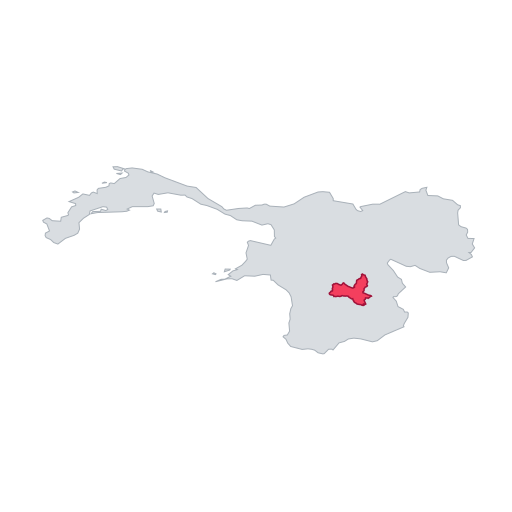 Thailand, with Khon Kaen highlighted, rotated 97°
{"feature_id": "THA-438", "entity_name": "Khon Kaen", "entity_type": "Province", "adm_level": 1, "iso_a3": "THA", "parent_name": "Thailand", "parent_adm1": "", "projection": "equal_earth", "projection_center": [102.567, 16.348], "detail": "fine", "context": "in_parent", "style": "filled", "palette": "rose", "viewbox_px": 512, "rotation_deg": 97, "n_neighbors": 0, "source": "natural_earth", "source_scale": "10m", "svg_char_len": 8346}
<svg xmlns="http://www.w3.org/2000/svg" viewBox="0 0 512 512"><g transform="rotate(97 256 256)"><path d="M226.3,43.0L226.6,45.1L228.3,42.4L230.5,41.1L234.8,47.0L235.2,49.6L232.1,59.1L232.6,62.3L234.5,65.0L236.9,66.5L239.5,66.1L244.3,63.3L249.5,65.1L249.2,71.4L251.0,81.5L248.4,91.9L245.9,97.0L247.8,101.5L247.9,105.6L242.8,121.8L243.8,123.0L247.0,124.8L248.4,124.2L253.7,117.9L259.6,112.9L261.5,108.8L265.2,107.4L268.5,103.7L276.2,110.2L278.2,110.7L279.2,111.9L279.6,114.6L280.5,115.0L283.7,111.3L288.9,108.9L291.0,103.3L293.5,101.7L293.2,99.0L294.0,97.9L298.3,97.7L304.8,100.6L307.1,101.2L308.2,100.5L318.6,118.4L325.3,125.3L327.0,130.0L325.5,142.0L325.6,148.9L327.1,154.2L330.0,157.8L332.1,163.0L339.9,168.1L339.2,169.4L339.7,172.6L344.6,176.4L345.0,177.7L344.5,182.6L342.3,186.3L341.8,189.3L341.8,193.1L343.1,198.8L341.6,210.5L338.7,213.8L335.0,216.1L332.9,219.3L331.4,218.5L330.6,215.3L326.5,213.5L318.5,215.2L314.5,214.4L309.2,215.5L304.0,215.0L300.9,213.7L292.2,216.2L288.6,218.6L285.9,222.0L282.0,230.6L278.0,235.9L278.1,238.1L273.1,239.4L273.4,246.8L276.2,254.7L277.0,264.9L282.6,272.0L281.5,277.0L282.2,281.9L286.5,293.1L283.4,287.8L282.8,284.1L279.1,278.5L277.9,281.3L273.6,277.1L271.8,272.9L271.2,274.8L266.9,268.9L262.6,265.7L260.2,264.3L254.1,266.3L246.4,264.7L243.4,266.3L242.2,265.3L241.4,263.5L243.6,242.6L237.0,239.9L235.8,238.6L234.4,240.1L227.9,241.0L223.1,244.9L222.5,248.1L224.6,253.9L221.9,264.3L222.7,274.1L222.4,279.5L219.0,286.3L218.2,291.9L214.4,300.2L211.9,310.9L211.3,317.1L206.8,326.5L205.8,331.8L204.2,333.8L204.8,338.1L204.0,351.1L206.8,360.5L206.0,364.9L209.1,366.4L216.3,363.4L218.7,364.2L220.2,369.4L222.1,384.8L225.1,389.6L225.9,387.2L227.3,389.7L228.4,394.3L232.2,418.7L234.2,425.0L231.8,423.4L230.6,415.7L228.4,415.4L229.2,410.6L227.9,408.8L225.7,410.2L225.7,414.0L231.5,426.2L235.1,426.5L239.6,431.9L244.5,435.8L250.8,434.4L255.1,435.7L257.6,439.0L261.7,447.3L268.3,454.1L267.3,458.4L264.7,461.9L263.3,466.5L261.5,467.8L259.0,467.8L256.3,464.0L249.7,467.5L248.3,471.1L246.6,472.0L243.7,468.1L243.9,465.8L245.8,462.6L245.3,454.1L241.3,454.0L238.7,447.7L237.9,447.1L236.0,448.0L229.7,445.0L227.9,441.1L226.0,441.4L224.8,448.2L219.3,439.1L215.5,435.4L216.1,428.6L213.5,427.1L212.4,425.3L213.4,421.2L209.8,421.8L208.1,420.7L206.1,413.4L204.3,410.5L202.0,410.5L201.2,409.1L201.4,405.5L195.7,400.4L193.9,394.6L191.1,392.0L189.4,392.8L187.7,396.9L186.3,396.7L185.1,395.5L183.7,389.7L183.8,379.5L185.7,373.6L186.7,364.1L189.4,356.2L195.0,332.9L195.3,323.8L204.8,310.7L211.2,295.9L213.2,293.7L214.2,290.9L210.9,278.9L209.4,270.6L209.7,268.4L205.7,262.8L204.7,256.3L203.6,254.3L203.3,252.2L204.8,248.4L204.0,234.2L199.6,224.5L191.8,215.4L184.9,202.2L184.0,197.5L183.8,190.8L189.5,186.4L191.7,186.1L192.6,166.2L197.5,162.4L198.6,160.8L199.1,157.5L197.9,155.6L194.8,158.8L194.2,158.1L190.3,146.4L189.5,139.4L173.9,115.6L174.7,111.6L172.5,101.4L170.1,101.2L168.6,99.4L167.0,94.8L170.0,95.4L175.0,92.8L174.2,82.9L176.4,77.1L176.8,67.7L180.6,62.1L181.1,59.3L183.2,59.0L185.9,61.0L188.7,61.1L200.4,58.7L201.9,56.1L202.7,50.9L203.8,49.3L206.5,48.8L209.5,49.9L212.7,47.8L212.1,41.7L217.7,42.8L221.3,40.0L226.3,43.0ZM188.0,399.7L187.1,407.3L184.9,408.8L184.2,404.4L185.5,397.3L186.1,398.9L188.0,399.7ZM223.9,355.4L223.5,359.1L221.5,360.3L221.0,356.2L223.9,355.4ZM273.1,280.3L275.5,285.5L272.7,285.0L272.2,280.0L273.1,280.3ZM214.8,445.9L213.5,443.6L214.6,440.2L215.6,444.4L214.8,445.9ZM191.7,400.5L191.1,404.6L190.0,399.0L191.7,400.5ZM224.0,352.2L222.9,351.7L222.0,349.3L223.3,349.4L224.0,352.2ZM201.3,412.9L202.6,417.8L201.1,415.5L201.3,412.9ZM279.4,294.0L279.0,297.0L277.8,295.8L278.6,293.5L279.4,294.0ZM185.4,370.3L184.0,371.5L185.1,368.6L185.4,370.3Z" fill="#d9dde1" stroke="#a8b0b8" stroke-width="1"/><path d="M266.0,143.2L266.5,142.8L266.7,142.7L266.8,142.7L267.1,142.6L267.3,142.6L267.5,142.4L267.8,142.0L268.6,142.1L269.0,142.2L269.3,142.3L269.7,142.5L269.8,142.6L270.1,142.7L270.3,142.8L270.5,142.8L270.7,142.7L271.0,142.5L271.0,142.4L271.3,142.3L271.4,142.2L271.5,142.0L271.6,141.9L271.8,141.8L272.0,141.8L272.3,142.0L272.5,142.1L272.7,142.3L272.8,142.4L272.9,142.5L273.0,142.8L273.2,143.0L273.3,143.3L273.4,143.5L273.5,143.8L273.8,144.0L274.0,144.0L274.4,144.2L274.7,144.4L275.1,144.7L275.4,144.8L275.6,144.8L275.9,144.7L276.3,144.6L276.5,144.5L277.2,144.6L277.5,144.8L277.8,144.9L278.0,145.0L278.3,145.5L278.8,145.5L279.0,145.4L279.3,145.4L279.5,145.3L279.5,145.2L279.8,143.6L280.9,140.3L281.0,139.9L281.1,139.7L281.2,138.5L281.2,137.8L281.2,137.7L281.3,137.5L281.4,137.3L281.5,137.0L281.6,136.6L281.8,136.5L281.9,136.8L281.9,137.1L282.0,137.4L282.2,137.5L283.3,138.3L283.5,138.5L283.7,138.9L283.8,139.0L284.1,139.3L284.3,139.5L284.2,139.6L284.0,139.8L284.0,140.0L284.2,140.4L284.2,140.7L284.2,141.2L284.2,141.3L284.2,141.8L284.2,142.2L284.3,142.3L284.5,142.3L284.9,142.2L285.2,142.2L285.5,142.2L285.7,142.3L285.9,142.5L286.2,143.0L286.3,143.1L286.6,143.3L286.9,143.3L290.3,141.2L290.7,141.7L290.7,142.0L290.6,142.5L290.5,142.9L290.5,143.4L290.6,143.6L290.8,143.7L291.0,143.5L291.1,143.4L291.2,143.2L291.2,142.8L291.3,142.7L291.6,142.7L291.7,142.8L291.8,142.9L292.0,143.5L292.0,143.8L292.0,144.3L291.9,144.9L291.9,145.1L291.7,145.4L291.6,145.5L291.5,145.8L291.5,146.6L291.5,147.2L291.5,147.8L291.5,148.1L291.5,148.3L291.4,148.5L291.4,149.0L291.4,149.5L291.4,149.8L291.3,150.0L291.1,150.3L290.8,150.5L290.7,150.7L290.5,151.5L290.4,151.7L290.3,151.8L290.1,152.2L290.1,152.4L289.8,152.8L289.6,153.0L289.4,153.2L289.3,153.3L289.1,153.3L288.9,153.3L288.7,153.4L288.5,153.9L288.4,154.0L288.2,154.1L286.8,154.7L286.6,154.8L286.8,155.1L286.9,155.4L286.9,155.6L286.9,156.0L286.6,156.6L286.5,156.8L286.4,156.9L286.2,157.3L286.1,157.6L286.0,157.8L285.9,157.9L285.9,158.0L285.8,158.3L285.7,158.6L285.3,159.0L285.2,159.0L284.9,159.3L284.8,159.5L284.7,159.6L284.7,159.9L284.6,160.2L284.7,160.8L284.6,161.5L284.7,161.9L284.9,162.3L285.0,162.8L284.9,163.3L285.0,164.3L285.0,164.5L284.8,165.2L284.8,165.3L284.8,165.6L284.9,166.0L285.1,166.4L285.2,166.5L285.4,166.6L285.5,166.6L285.7,167.1L285.9,167.7L286.0,167.8L286.0,168.1L286.0,168.5L285.9,168.9L285.9,169.1L285.9,169.5L285.9,170.0L286.5,171.6L286.5,171.8L286.6,172.0L286.5,172.6L286.5,172.9L286.5,173.0L286.7,173.8L286.0,174.1L285.9,174.2L285.8,174.3L285.7,174.4L285.6,174.6L285.5,174.9L285.5,176.5L285.5,176.9L285.3,177.8L285.1,178.1L285.0,178.3L284.8,178.4L284.3,178.7L284.1,178.7L283.9,178.7L283.7,178.6L283.4,178.3L283.3,178.2L282.7,177.6L282.4,177.4L282.0,177.4L281.9,177.3L281.8,177.2L281.7,176.9L281.5,176.6L281.4,176.4L281.4,176.1L281.4,175.9L281.2,175.8L280.9,176.1L280.6,176.1L280.3,176.1L279.8,175.9L279.6,175.9L279.3,176.2L279.2,176.2L279.1,176.3L278.9,176.3L277.5,175.9L277.2,175.9L276.8,176.1L276.3,176.1L276.2,176.2L275.8,176.5L275.5,176.6L275.4,176.5L275.0,176.0L274.9,175.9L274.5,175.6L274.3,175.5L274.3,175.4L274.2,175.3L274.3,174.9L274.3,174.7L274.2,174.6L274.1,174.4L273.8,174.1L273.7,173.9L273.4,173.3L273.5,173.0L273.5,172.7L273.4,172.1L273.5,171.6L273.8,171.2L273.9,170.9L274.0,170.7L274.2,170.4L274.3,170.0L274.2,169.8L274.4,169.0L274.5,168.7L274.5,168.4L274.7,168.2L274.6,167.9L274.4,167.8L274.3,167.7L274.2,167.7L273.7,167.1L273.5,166.9L272.7,166.6L272.3,166.3L272.2,166.2L272.0,165.8L272.0,165.6L272.2,165.4L272.6,165.0L273.4,163.9L273.6,163.6L273.8,162.9L274.4,162.0L274.4,161.9L274.5,161.6L274.7,161.4L274.9,161.0L275.0,160.8L275.0,160.6L275.3,159.2L275.6,158.4L276.0,156.6L276.1,156.1L276.1,155.9L275.8,155.7L275.7,155.6L275.3,155.3L275.3,155.2L275.2,154.9L275.2,154.5L275.1,154.4L274.8,154.4L274.7,154.5L274.8,154.7L274.8,154.8L274.7,154.8L274.5,155.0L274.3,155.0L274.2,155.0L274.2,154.9L274.0,154.7L273.9,154.6L273.7,154.6L273.4,154.7L273.2,154.7L272.8,154.6L272.6,154.4L272.1,154.2L271.9,154.0L271.8,153.9L271.5,153.5L271.4,153.4L271.1,153.3L270.9,153.1L270.7,153.0L270.4,153.0L270.2,153.1L269.8,153.1L268.0,153.1L267.9,153.1L267.7,152.9L267.5,152.7L267.3,152.4L266.8,151.6L266.7,151.4L266.3,151.2L266.2,151.1L266.0,150.9L265.8,150.7L265.8,150.4L265.7,150.0L265.6,149.8L265.6,149.6L265.4,149.4L265.2,149.3L265.0,149.2L264.5,149.3L264.4,149.3L263.1,148.6L262.9,148.5L262.7,148.5L261.8,149.0L261.7,149.0L261.5,148.8L261.2,148.6L260.9,148.2L261.0,147.9L261.4,147.4L261.7,146.6L261.7,146.3L261.7,146.2L261.8,145.4L263.5,144.6L264.9,143.4L265.3,143.1L265.5,143.1L265.8,143.2L266.0,143.2Z" fill="#f43f5e" stroke="#9f1239" stroke-width="1.5"/></g></svg>